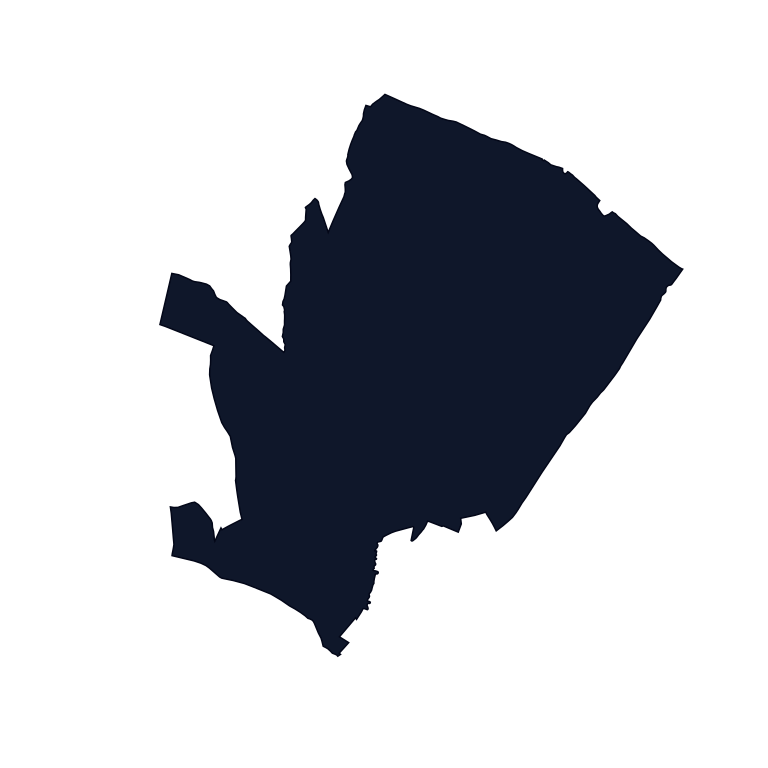 Hartop, Suceava, Romania, rotated 21°
{"feature_id": "2599482B8879498815778", "entity_name": "Hartop", "entity_type": "district", "adm_level": 2, "iso_a3": "ROU", "parent_name": "Romania", "parent_adm1": "Suceava", "projection": "mercator", "projection_center": [26.364, 47.48], "detail": "fine", "context": "isolated", "style": "filled", "palette": "ink", "viewbox_px": 768, "rotation_deg": 21, "n_neighbors": 0, "source": "geoboundaries", "source_scale": "gbopen_adm2", "svg_char_len": 6122}
<svg xmlns="http://www.w3.org/2000/svg" viewBox="0 0 768 768"><g transform="rotate(21 384 384)"><path d="M247.6,620.2L258.9,618.7L270.2,617.2L277.3,616.9L282.8,617.3L286.9,618.4L299.8,623.1L302.1,623.4L305.9,622.8L313.7,621.5L325.2,620.3L333.3,620.3L353.4,620.6L357.2,621.2L365.9,622.7L375.3,625.0L381.6,625.9L387.6,627.1L393.3,628.6L396.9,630.0L399.2,629.9L401.3,630.1L403.1,630.9L404.9,632.5L411.9,639.9L416.3,643.8L418.2,646.3L421.2,650.6L424.1,650.9L426.5,651.3L429.8,652.6L432.2,653.8L434.7,653.8L436.9,653.9L438.4,654.7L440.3,652.0L438.6,651.4L440.9,645.5L443.7,638.1L433.0,636.0L441.2,612.5L442.7,613.6L443.8,608.4L444.6,604.5L444.9,601.2L446.5,600.7L449.3,600.7L449.7,600.2L449.6,599.3L448.8,598.1L447.6,596.9L447.3,595.5L447.4,594.9L447.8,594.6L449.2,594.0L449.6,593.3L449.4,592.6L448.5,592.3L447.5,592.4L446.3,592.6L446.1,592.2L446.0,590.9L446.4,589.5L446.6,588.4L446.5,587.2L445.7,586.2L445.4,585.1L446.0,583.4L446.3,581.0L445.9,577.9L445.7,575.4L446.0,573.7L445.3,571.9L444.7,569.1L444.1,564.5L444.6,564.1L445.3,564.0L446.0,563.5L446.3,562.6L446.1,561.9L445.7,561.5L444.9,561.4L443.2,561.5L440.9,562.0L440.4,561.7L440.4,560.7L440.6,560.3L440.9,559.5L440.4,558.8L440.2,558.3L440.1,557.2L440.4,556.9L440.9,556.0L440.8,555.0L439.8,554.1L438.9,552.9L438.4,551.7L438.5,551.1L439.6,550.4L439.7,549.9L438.4,549.2L437.6,548.7L437.6,548.1L438.3,547.1L438.3,546.3L437.6,545.8L437.3,544.9L437.2,543.1L436.9,542.6L436.2,542.6L435.1,543.1L434.9,542.6L435.5,541.4L435.7,540.4L436.2,539.1L436.3,537.7L436.0,536.5L434.7,535.4L434.5,534.7L434.8,534.0L435.4,533.3L436.7,532.6L437.7,531.7L437.9,530.5L437.9,527.8L438.2,526.9L440.2,524.5L444.3,520.1L447.5,517.3L457.9,509.7L462.0,506.8L462.7,506.8L463.0,507.1L463.3,507.8L465.0,518.1L465.4,520.4L466.2,520.6L466.9,520.2L469.0,516.7L469.7,514.8L470.3,512.5L471.7,508.9L472.4,506.4L472.9,505.3L473.6,500.8L473.8,496.4L476.2,496.2L489.0,496.2L490.2,495.2L506.4,495.7L506.3,486.9L503.7,481.9L505.4,480.8L515.8,474.1L524.9,467.2L526.9,469.0L531.6,472.5L535.3,475.4L538.5,478.2L541.4,480.9L545.9,473.5L549.0,467.8L551.7,462.5L553.3,457.0L554.2,452.9L555.5,445.6L557.1,439.4L559.2,429.2L563.1,410.0L566.1,397.1L570.4,378.6L570.8,375.9L571.8,369.4L572.5,365.9L574.4,362.9L577.6,354.5L582.5,339.2L583.9,330.4L585.1,326.1L587.8,319.8L589.3,314.8L591.2,310.7L596.4,292.9L598.3,285.3L598.5,282.3L599.3,278.6L603.9,251.0L608.8,228.4L611.1,214.0L612.2,206.5L611.7,204.8L611.5,202.6L611.9,201.5L613.2,199.2L613.9,197.4L613.9,196.4L613.2,194.5L612.9,192.8L613.3,191.5L614.3,189.9L616.3,188.8L616.9,187.8L617.8,184.5L618.9,180.8L621.7,169.7L620.4,169.7L617.4,169.2L608.6,166.8L605.3,165.6L597.0,162.7L591.6,160.4L588.8,159.0L586.1,157.7L583.3,156.6L579.8,155.6L574.6,154.3L572.6,154.1L570.6,153.9L564.5,151.7L559.0,149.8L553.2,147.3L544.9,144.6L542.2,143.7L539.0,142.1L536.7,141.9L535.4,141.5L534.7,142.5L533.5,144.6L531.2,146.9L529.9,148.1L528.7,148.3L527.3,147.7L525.5,146.7L523.8,145.5L521.2,143.9L519.7,142.4L519.2,141.2L518.9,140.0L519.1,138.2L519.7,135.4L515.2,133.6L513.2,132.4L499.7,127.0L490.4,123.6L487.8,122.8L485.1,121.4L483.0,120.9L480.2,120.0L479.4,120.0L479.0,121.3L478.6,121.9L477.9,122.8L476.9,122.9L475.8,122.5L475.0,121.9L474.2,120.6L473.5,118.8L469.5,118.9L467.3,119.3L461.2,119.6L458.1,118.5L453.2,117.5L452.7,118.4L451.4,118.1L451.1,117.3L448.7,117.2L436.3,116.9L429.5,116.6L427.0,116.3L422.7,115.8L419.9,115.2L417.4,114.8L414.4,114.6L410.9,114.7L406.8,115.6L401.3,116.0L396.0,116.6L391.2,116.0L388.7,115.8L384.5,116.2L377.7,115.3L367.4,114.3L357.5,113.5L354.3,113.9L349.6,114.9L346.5,115.2L341.6,115.5L338.7,115.1L332.3,114.8L323.0,114.1L318.3,114.0L309.3,114.7L305.0,114.7L290.6,113.8L281.1,113.3L279.8,115.9L277.6,120.1L276.0,122.3L273.3,126.5L272.5,128.6L272.2,130.0L267.3,130.4L267.4,135.1L268.0,139.1L268.8,141.3L269.2,143.9L269.3,145.8L268.5,149.0L268.0,151.5L267.8,157.0L267.1,158.9L267.1,160.7L267.0,162.5L267.2,162.9L267.0,167.8L267.0,172.1L267.3,177.2L268.0,182.7L268.6,184.1L268.8,186.0L268.8,187.6L269.0,189.3L270.7,192.2L274.3,195.7L279.2,200.0L280.6,202.4L280.2,204.3L278.6,206.8L275.7,209.7L276.1,211.9L278.0,215.9L279.1,218.8L279.1,220.2L279.5,223.5L278.7,235.2L278.0,249.8L277.6,262.5L267.7,250.4L265.1,247.7L261.8,243.8L258.7,239.7L257.7,237.9L257.0,237.2L255.5,236.3L253.6,235.7L253.1,235.6L252.1,237.7L251.2,240.7L250.0,243.1L247.6,246.8L247.4,247.5L248.7,248.7L249.7,252.0L251.0,256.3L252.0,259.0L251.9,260.5L251.3,262.1L250.5,264.1L246.4,273.5L245.1,276.6L244.1,278.4L244.1,278.8L244.1,279.0L245.5,281.5L246.9,284.3L247.0,285.1L246.4,287.6L246.2,289.4L249.8,295.6L251.1,297.9L252.5,300.8L252.8,302.5L253.1,304.3L253.7,306.0L255.6,310.0L257.8,315.3L260.1,321.4L257.8,327.5L259.8,336.9L260.3,340.4L260.1,343.1L260.9,346.6L262.7,347.6L264.7,350.6L264.9,352.2L266.5,355.1L267.8,358.6L268.5,360.7L270.0,364.6L270.3,369.0L271.5,372.1L272.1,376.1L274.2,377.8L275.3,380.5L277.7,382.6L278.2,385.8L279.5,388.0L279.1,390.4L266.4,385.9L262.1,384.4L256.4,382.5L254.3,381.9L248.1,379.5L238.3,375.9L233.8,374.2L231.5,373.0L231.2,372.5L229.3,372.1L221.1,370.0L215.0,367.3L210.4,365.2L208.4,364.1L207.4,363.8L203.9,363.9L200.5,364.0L197.5,363.5L196.4,363.2L193.9,360.9L191.5,358.2L188.8,356.7L186.1,354.9L182.5,354.4L177.0,355.0L175.0,355.3L170.7,356.3L168.2,356.5L165.1,356.1L153.2,355.6L146.3,356.8L147.6,366.1L153.5,408.8L159.0,408.6L186.1,408.9L211.5,409.2L211.8,413.8L211.9,419.6L213.6,423.8L215.0,427.9L216.0,432.4L217.9,437.9L224.5,449.5L230.7,458.5L238.1,468.3L246.4,478.2L250.8,481.8L255.2,484.8L259.3,488.0L261.1,490.9L265.3,497.5L270.8,504.4L272.3,506.6L278.1,521.1L279.1,523.6L279.8,526.0L279.9,527.1L284.1,534.9L285.8,538.0L288.0,541.9L295.7,555.1L300.0,561.3L299.1,562.1L297.5,563.8L291.2,570.8L289.0,573.3L285.4,577.6L285.0,578.1L283.4,576.8L282.4,591.4L281.3,590.0L280.2,587.6L277.7,582.7L275.3,579.4L273.4,575.3L271.7,573.4L270.3,572.3L267.3,570.5L263.5,568.2L258.0,565.1L254.0,563.1L250.7,562.4L249.6,562.2L246.7,564.0L239.9,569.6L235.9,573.0L232.1,574.6L228.6,575.3L231.7,580.9L239.0,595.9L242.5,603.2L244.0,606.2L245.4,609.1L246.1,612.4L246.7,615.6L246.9,616.9L247.1,618.1L247.6,620.2Z" fill="#0f172a" stroke="#020617" stroke-width="1.5"/></g></svg>